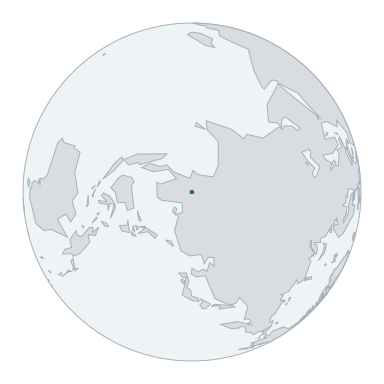 the Earth from above Bokeo, rotated 127°
{"feature_id": "LAO-3271", "entity_name": "Bokeo", "entity_type": "Province", "adm_level": 1, "iso_a3": "LAO", "parent_name": "Laos", "parent_adm1": "", "projection": "orthographic", "projection_center": [100.56, 20.309], "detail": "fine", "context": "on_globe", "style": "filled", "palette": "teal", "viewbox_px": 384, "rotation_deg": 127, "n_neighbors": 0, "source": "natural_earth", "source_scale": "10m", "svg_char_len": 10994}
<svg xmlns="http://www.w3.org/2000/svg" viewBox="0 0 384 384"><g transform="rotate(127 192 192)"><circle cx="192" cy="192" r="169" fill="#eef3f6" stroke="#a8b0b8"/><path d="M351.6,246.2L351.3,247.2L351.2,247.5L351.6,246.2ZM265.2,39.7L264.8,39.5L268.0,42.7L274.5,46.8L268.8,43.9L284.8,54.4L290.0,60.4L280.7,51.9L277.2,49.8L279.1,52.7L275.9,51.3L275.0,52.0L271.0,50.2L265.8,46.0L263.1,44.9L264.7,47.1L261.6,47.1L259.8,43.9L254.2,43.7L244.7,37.7L243.1,32.7L234.4,29.7L223.9,26.1L221.6,25.7L217.7,25.0L229.9,27.4L242.0,30.6L253.8,34.7L265.2,39.7ZM207.4,23.7L208.9,23.9L207.9,23.9L205.2,23.7L204.0,23.5L205.2,23.6L203.4,23.4L203.5,23.4L207.4,23.7ZM198.5,23.2L198.2,23.2L197.2,23.1L198.5,23.2ZM279.9,50.4L278.5,48.9L280.9,50.9L279.9,50.4ZM275.5,52.5L277.0,53.4L275.9,53.5L275.5,52.5ZM268.8,50.9L266.6,50.9L267.9,50.1L268.8,50.9ZM264.7,50.4L259.5,50.9L262.2,53.0L251.6,48.0L259.6,48.9L260.8,47.5L262.1,49.2L264.7,50.4ZM210.5,24.1L208.8,23.9L212.7,24.3L210.5,24.1ZM213.2,24.4L226.5,26.7L227.6,27.3L222.9,26.2L226.3,27.5L220.3,26.6L217.1,25.7L217.6,25.4L214.9,25.4L213.2,24.4ZM246.6,45.4L244.6,45.0L245.7,44.6L246.6,45.4ZM207.8,24.0L210.4,24.2L211.5,24.7L206.6,24.3L207.8,24.2L207.8,24.0ZM230.2,28.4L230.1,28.8L225.3,28.2L224.6,28.3L220.3,26.6L230.2,28.4ZM206.2,24.0L204.0,24.1L201.0,23.8L205.3,23.8L206.2,24.0ZM213.9,25.0L214.2,25.3L212.4,25.0L213.9,25.0ZM189.2,23.3L192.3,23.3L193.2,23.5L189.2,23.3ZM203.4,24.2L204.4,24.3L205.1,24.4L203.1,24.5L203.4,24.2ZM217.2,26.4L215.2,26.1L218.7,27.0L215.2,26.8L213.0,25.8L212.5,26.2L211.4,26.1L210.7,25.4L217.2,26.4ZM203.2,25.1L199.1,24.2L193.2,24.0L192.3,23.7L201.9,24.1L203.2,25.1ZM207.7,25.3L204.7,25.0L205.0,24.7L207.3,24.7L207.7,25.3ZM213.6,27.2L219.6,27.7L219.9,28.0L213.6,27.2ZM201.4,25.0L202.4,25.3L200.9,25.0L201.4,25.0ZM209.8,26.5L211.8,26.6L212.1,26.8L209.8,26.5ZM202.7,25.8L201.4,25.5L202.9,25.3L202.7,25.8ZM205.9,26.2L205.8,26.5L204.2,25.5L206.8,26.2L205.9,26.2ZM209.7,26.7L210.5,26.9L208.8,26.7L209.7,26.7ZM197.8,26.7L195.5,25.5L198.8,25.1L200.6,26.3L197.8,26.7ZM59.5,87.1L57.3,90.2L57.7,95.0L56.9,97.3L51.6,103.7L47.7,119.6L52.6,115.4L54.4,126.5L58.9,130.3L69.8,117.7L62.4,111.2L66.4,103.5L76.4,102.9L83.6,109.5L85.4,106.8L85.2,97.7L91.3,94.6L85.6,94.2L84.6,97.7L81.1,97.8L81.8,94.7L83.9,93.6L83.0,90.8L73.1,97.5L71.0,101.8L65.9,99.0L61.9,106.0L59.0,107.7L64.6,96.5L67.4,93.4L74.2,80.4L70.7,83.2L64.1,96.0L64.2,94.1L59.5,98.9L63.1,93.8L71.3,80.0L69.6,78.2L59.8,87.0L60.4,86.0L75.1,70.0L75.9,69.2L73.1,73.2L77.1,69.7L84.3,62.9L82.9,64.9L85.5,62.8L85.1,64.4L91.1,61.7L91.7,63.1L100.3,57.8L101.8,58.0L96.2,60.9L92.7,64.0L94.9,68.5L97.2,68.1L102.7,64.5L102.6,66.6L107.6,62.6L112.0,64.1L110.8,59.1L117.2,55.6L123.3,54.6L125.2,52.7L115.3,54.5L111.5,56.2L108.6,58.8L98.2,63.5L96.0,63.0L106.2,55.4L104.3,54.2L113.0,49.5L134.4,46.3L140.1,47.7L136.2,57.1L131.2,58.4L130.1,55.5L125.3,61.3L128.5,59.3L128.4,61.2L134.5,59.0L134.8,60.3L140.2,56.1L141.1,57.5L137.7,60.1L147.5,58.7L151.3,61.3L153.4,60.4L154.6,58.7L158.5,63.5L159.9,62.7L159.2,60.8L161.4,58.0L166.9,55.2L168.0,57.0L166.1,58.2L163.9,63.9L158.8,67.4L159.8,67.9L164.5,65.4L167.2,58.3L170.2,56.2L169.6,59.3L170.1,58.0L171.9,57.5L174.7,58.9L175.7,55.5L194.4,49.6L201.7,52.3L199.1,55.3L213.3,54.9L220.4,59.0L219.7,57.0L226.0,56.1L223.8,54.8L224.0,53.9L239.2,52.4L243.6,53.8L249.3,52.0L249.0,51.1L246.0,49.9L251.6,48.0L262.2,53.0L262.6,54.6L269.0,57.1L268.8,60.6L271.6,65.1L267.6,68.3L270.1,72.0L272.4,72.6L277.5,78.5L280.4,89.3L268.2,77.7L262.0,63.3L263.6,68.6L260.3,66.8L259.1,68.4L260.5,72.6L262.5,73.4L249.8,78.7L247.4,90.5L254.7,90.0L259.6,93.9L263.3,109.5L250.9,130.8L257.4,138.2L258.0,143.1L253.0,146.0L251.9,138.9L246.4,136.3L246.6,132.2L238.0,135.3L237.9,129.5L231.3,135.2L234.2,139.8L241.8,138.9L236.2,146.9L244.3,155.2L245.7,165.3L233.2,182.8L219.9,187.9L219.2,191.1L213.7,187.3L206.7,193.4L217.1,211.6L216.9,216.7L205.4,226.1L205.1,222.3L190.7,212.3L188.1,224.4L199.0,235.1L202.8,246.9L194.4,242.9L190.6,232.4L185.5,228.6L186.8,218.0L182.4,201.9L174.0,204.2L174.6,197.8L167.2,184.1L155.1,187.0L135.8,201.5L133.2,217.5L126.6,223.5L118.2,198.6L118.3,182.6L112.9,182.9L106.3,167.8L87.9,161.7L87.4,157.2L83.5,157.9L79.2,151.9L79.4,144.7L75.8,143.7L75.9,162.8L80.0,164.0L86.5,159.2L85.5,165.6L90.0,172.9L77.3,184.5L53.6,188.4L54.9,176.1L55.9,138.6L57.9,135.4L58.0,135.0L58.3,134.3L54.6,139.1L56.0,132.1L51.6,156.7L49.2,166.6L53.2,189.0L51.9,190.3L54.3,195.6L66.4,196.3L65.7,200.2L57.7,215.7L44.2,232.9L48.1,250.3L50.8,263.7L47.0,268.3L52.1,279.3L50.9,280.6L54.0,286.4L55.7,290.7L56.8,293.3L56.3,292.7L49.1,282.1L42.6,271.0L37.1,259.4L32.4,247.5L28.6,235.2L25.8,222.6L24.0,209.9L23.1,197.1L23.2,184.3L23.3,182.7L23.5,179.3L24.9,166.9L27.2,154.5L30.5,142.4L34.6,130.5L39.6,119.0L45.5,107.9L52.1,97.3L59.5,87.1ZM87.4,124.4L94.2,128.3L97.6,118.2L100.5,119.0L100.6,115.5L97.8,117.5L99.0,108.2L104.3,107.3L106.8,103.5L104.6,102.0L94.8,105.3L93.0,118.3L88.7,121.0L87.4,124.4ZM100.2,51.6L97.9,53.4L94.9,55.2L94.2,54.7L98.6,52.0L100.2,51.6ZM95.4,55.8L105.7,49.1L106.5,49.5L104.3,50.3L103.8,51.3L100.1,52.9L90.9,60.4L87.7,62.5L88.1,59.8L89.8,59.3L91.9,57.3L95.4,55.8ZM130.3,35.5L134.8,33.8L130.9,36.8L127.2,38.1L126.2,37.4L130.0,35.5L130.3,35.5ZM190.0,23.1L191.5,23.0L201.1,23.3L201.6,23.5L199.5,23.6L197.2,23.6L197.6,23.4L194.4,23.5L193.2,23.2L190.6,23.3L179.2,23.5L190.0,23.1ZM163.9,25.4L164.3,25.5L167.3,24.9L168.5,24.9L165.6,25.4L170.7,24.7L170.9,24.9L177.0,24.9L184.3,24.3L186.7,24.5L183.9,24.9L188.3,24.9L184.6,25.8L186.3,26.0L184.3,27.4L178.0,28.2L180.3,28.5L178.9,29.9L173.7,30.9L175.1,29.6L168.4,31.9L167.2,30.8L166.5,31.1L163.5,30.8L158.7,31.2L158.9,30.6L157.0,31.1L155.0,31.0L152.4,31.5L151.8,30.8L148.6,31.4L150.2,30.7L144.7,32.1L148.5,30.8L146.3,31.0L143.8,32.1L147.2,29.1L146.8,29.2L163.9,25.4ZM197.0,27.0L189.7,27.8L185.4,27.7L190.6,25.4L189.6,25.1L192.8,24.1L198.9,24.4L197.4,24.6L197.4,24.9L195.5,24.7L197.0,25.1L195.1,25.5L195.7,26.0L193.2,26.0L197.0,27.0ZM59.2,95.8L59.1,96.9L59.8,97.9L56.8,101.2L59.2,95.8ZM64.5,86.3L64.9,86.6L61.0,91.2L61.1,90.2L64.5,86.3ZM68.5,83.0L65.3,86.2L67.0,83.9L68.5,83.0ZM97.0,61.2L97.8,61.5L96.6,62.5L94.6,63.4L97.0,61.2ZM153.7,39.3L155.1,38.1L156.2,38.1L161.7,36.1L163.0,37.1L160.2,38.6L153.7,39.3ZM66.6,119.0L63.4,120.5L63.6,118.6L64.6,118.4L66.6,119.0ZM58.4,110.3L58.7,114.0L57.6,111.2L58.4,110.3ZM156.1,40.0L158.2,39.0L157.5,40.1L156.1,40.0ZM164.3,37.7L164.1,38.9L163.8,37.0L164.3,37.7ZM133.4,343.9L136.9,345.6L134.5,345.2L133.4,343.9ZM67.0,269.9L68.9,290.5L64.3,288.3L60.2,280.9L57.3,267.6L61.7,266.2L62.9,260.9L67.0,269.9ZM244.6,273.2L249.5,273.6L249.3,274.3L244.6,273.2ZM239.5,270.9L245.2,270.9L238.5,272.5L239.5,270.9ZM247.4,270.9L253.1,269.3L255.6,268.0L255.1,269.5L247.4,270.9ZM235.7,271.1L214.5,271.0L206.1,268.9L208.1,266.3L221.7,267.2L235.7,271.1ZM207.4,266.2L194.5,258.3L176.6,235.0L183.0,235.8L201.7,250.3L200.5,252.5L208.3,258.7L207.4,266.2ZM238.6,252.5L237.3,259.4L225.6,259.0L220.3,257.8L216.7,248.9L218.7,244.3L223.1,244.5L239.8,228.7L245.7,232.4L240.6,239.1L245.4,245.1L238.6,252.5ZM133.9,219.1L137.6,229.2L133.9,230.3L133.9,219.1ZM246.4,217.4L239.8,224.5L245.8,215.1L246.4,217.4ZM249.9,208.6L250.4,212.1L247.6,208.8L249.9,208.6ZM219.2,196.0L214.6,196.8L214.4,194.2L220.2,191.8L219.2,196.0ZM246.6,173.8L246.8,181.2L246.1,183.8L243.8,179.3L246.6,173.8ZM170.5,49.9L161.4,51.2L155.7,53.5L153.9,56.6L152.6,53.1L161.3,49.6L170.5,49.9ZM191.3,49.3L192.8,47.1L194.8,48.0L194.7,48.7L191.3,49.3ZM190.4,48.0L187.4,45.5L189.9,44.3L191.8,46.5L190.4,48.0ZM171.4,41.8L168.6,42.1L169.2,41.1L171.4,41.8ZM300.0,321.9L298.9,322.8L310.2,312.7L300.0,321.9ZM279.3,331.0L281.3,327.2L286.5,325.5L282.6,329.5L279.3,331.0ZM321.8,300.2L324.8,296.2L322.7,299.1L321.8,300.2ZM265.7,317.8L233.5,328.8L226.9,328.0L229.6,324.3L225.6,313.1L227.8,313.3L227.6,305.3L247.2,297.2L261.5,282.4L271.3,282.5L279.4,271.5L289.0,271.0L285.5,279.4L294.7,283.2L303.0,264.2L306.6,282.1L312.0,287.1L311.0,297.8L293.9,318.6L286.0,323.6L285.4,322.4L281.9,324.7L277.7,324.9L277.2,319.8L273.6,322.1L277.9,317.3L272.3,321.8L271.0,318.5L265.7,317.8ZM334.0,271.1L334.8,271.1L335.6,273.4L334.2,273.6L334.0,271.1ZM349.2,251.8L349.0,253.0L348.3,254.1L349.2,251.8ZM351.2,247.5L350.4,249.0L351.6,246.2L351.2,247.5ZM341.2,257.7L341.5,258.6L341.0,259.3L341.2,257.7ZM340.9,257.6L341.8,255.4L341.4,257.3L340.9,257.6ZM337.3,249.5L338.1,248.3L338.3,248.9L337.3,249.5ZM256.7,273.3L263.7,267.6L267.3,266.9L256.7,273.3ZM336.6,247.8L334.9,248.2L335.2,247.1L336.6,247.8ZM336.9,245.3L336.8,243.9L337.6,247.0L336.9,245.3ZM333.8,243.2L335.8,245.1L333.5,243.6L333.8,243.2ZM332.5,244.0L331.0,243.3L331.1,242.8L332.5,244.0ZM313.5,250.7L319.5,258.1L314.3,259.0L308.7,254.7L303.7,260.6L292.7,261.5L295.4,258.0L294.1,253.3L282.4,252.7L280.0,249.8L284.3,247.2L276.4,245.4L285.1,243.1L288.5,249.3L293.4,243.6L301.5,243.8L309.2,244.7L315.0,248.5L313.5,250.7ZM284.8,257.5L286.3,257.4L284.9,259.5L284.8,257.5ZM328.1,240.6L330.3,243.1L330.0,243.9L328.8,243.8L328.1,240.6ZM316.5,247.1L322.9,240.3L324.4,240.1L320.0,247.2L316.5,247.1ZM321.5,237.2L324.3,237.3L325.8,240.0L325.2,240.9L321.5,237.2ZM267.1,253.1L266.7,254.9L264.4,253.7L267.1,253.1ZM270.1,251.8L277.0,253.2L269.5,253.4L270.1,251.8ZM248.7,246.6L250.8,250.9L257.4,247.8L252.4,252.0L256.7,258.9L255.2,261.6L250.9,254.2L249.2,262.2L246.2,262.1L244.7,255.4L247.7,246.9L250.7,243.4L262.5,241.3L248.7,246.6ZM270.1,246.5L268.3,241.5L269.6,238.0L271.6,240.6L270.1,246.5ZM262.6,229.6L257.5,223.9L253.1,226.3L262.0,217.6L265.4,224.5L262.6,229.6ZM258.1,216.7L253.9,218.9L258.1,213.9L258.1,216.7ZM252.7,217.0L252.1,212.8L255.5,213.2L252.7,217.0ZM260.3,216.8L260.8,209.6L262.7,213.7L260.3,216.8ZM250.3,203.5L257.8,210.1L248.3,207.5L247.2,193.9L251.2,193.5L250.3,203.5ZM268.3,148.0L266.9,144.3L270.3,143.2L270.3,146.1L268.3,148.0ZM280.2,137.7L270.8,141.8L263.0,145.6L265.8,147.2L264.7,153.8L260.1,147.9L265.1,140.6L271.1,139.0L271.3,133.6L275.3,129.8L273.3,123.4L274.9,120.6L278.5,126.0L280.2,137.7ZM272.2,120.8L270.3,109.7L277.0,110.9L279.0,113.6L277.0,118.1L273.6,117.1L272.2,120.8ZM271.8,107.5L268.4,106.6L258.4,91.4L258.0,88.6L269.2,100.1L266.6,100.0L267.8,103.7L271.8,107.5ZM245.6,46.0L244.7,45.1L246.5,45.9L245.6,46.0ZM222.6,53.2L223.1,52.0L225.3,52.7L222.6,53.2ZM225.7,49.3L222.9,49.3L225.4,48.6L225.7,49.3ZM216.7,49.7L221.5,49.0L217.5,50.8L216.7,49.7Z" fill="#d9dde1" stroke="#a8b0b8" stroke-width="1"/><path d="M191.9,190.5L192.0,190.5L192.1,190.4L192.2,190.5L192.3,190.6L192.5,190.8L192.6,191.0L192.7,191.3L192.8,191.4L192.8,191.5L193.0,191.4L193.1,191.5L193.2,191.8L193.3,192.0L193.6,192.0L193.8,192.0L193.9,192.5L193.7,192.7L193.4,192.6L193.2,192.7L193.2,192.8L192.7,193.0L192.6,193.3L192.3,193.4L192.3,193.5L192.2,193.5L191.9,193.6L191.7,193.5L191.6,193.4L191.8,193.3L191.8,193.2L191.9,192.9L192.0,192.7L192.0,192.4L191.9,192.4L191.9,192.5L191.8,192.4L191.7,192.4L191.6,192.2L191.5,191.8L191.4,191.8L191.3,191.7L191.2,191.8L191.0,192.0L190.9,192.0L190.7,192.1L190.7,191.9L190.8,191.8L190.8,191.7L190.9,191.3L190.9,191.2L191.0,191.0L191.0,190.9L191.2,190.7L191.3,190.6L191.5,190.5L191.8,190.5L191.9,190.5Z" fill="#14b8a6" stroke="#0f766e" stroke-width="1.5"/></g></svg>